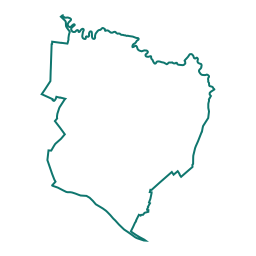 Micula, Satu Mare, Romania (Albers equal-area conic projection)
{"feature_id": "2599482B78351896705801", "entity_name": "Micula", "entity_type": "district", "adm_level": 2, "iso_a3": "ROU", "parent_name": "Romania", "parent_adm1": "Satu Mare", "projection": "albers", "projection_center": [22.96, 47.916], "detail": "fine", "context": "isolated", "style": "outline", "palette": "teal", "viewbox_px": 256, "rotation_deg": 0, "n_neighbors": 0, "source": "geoboundaries", "source_scale": "gbopen_adm2", "svg_char_len": 5524}
<svg xmlns="http://www.w3.org/2000/svg" viewBox="0 0 256 256"><path d="M192.4,167.1L192.5,166.9L192.4,165.6L192.4,164.8L193.1,163.9L193.2,157.4L193.3,155.6L195.1,148.1L195.9,146.0L198.0,141.3L201.7,131.9L201.9,131.8L202.7,127.6L203.1,126.0L208.2,118.0L209.0,111.4L208.3,107.9L208.3,103.9L208.6,102.4L209.0,101.0L209.0,100.2L208.9,99.7L208.9,99.3L209.5,98.5L209.6,98.1L210.0,97.7L210.3,97.0L210.9,96.0L210.2,95.2L209.7,94.4L209.6,94.1L209.7,93.4L209.8,92.8L210.9,91.7L214.3,89.5L214.2,89.1L213.4,88.4L212.8,87.3L212.3,86.9L211.7,86.6L209.7,86.1L209.4,85.8L209.2,85.4L209.0,83.2L208.9,82.7L208.4,82.1L208.2,81.6L208.3,80.7L208.1,79.6L208.1,78.8L208.2,78.1L208.8,77.2L209.0,76.7L209.0,76.3L208.7,75.7L207.7,74.9L207.2,74.7L206.8,74.6L205.6,75.0L204.5,75.1L202.1,74.9L201.3,74.5L200.6,73.9L199.5,72.4L199.1,71.6L199.0,70.8L199.1,70.3L199.7,69.4L200.7,68.5L201.0,68.0L201.3,67.4L201.3,66.6L201.5,66.2L201.6,65.5L201.5,65.0L201.4,64.5L201.2,64.2L200.8,63.9L199.9,63.7L199.0,63.3L198.3,62.9L197.9,62.5L197.7,62.0L197.5,61.5L197.5,61.1L197.8,59.6L197.9,59.0L197.7,58.5L197.1,57.8L196.7,57.7L195.1,58.5L194.5,58.3L194.0,57.9L193.7,57.1L193.3,55.9L192.8,55.2L191.9,54.3L191.5,54.1L190.5,54.1L190.1,54.2L189.8,54.3L189.4,54.7L188.1,56.7L186.6,58.4L185.7,59.3L184.6,60.6L184.6,60.8L185.1,61.5L185.3,63.1L185.2,63.6L184.1,64.6L183.6,65.0L182.9,65.1L182.0,65.1L178.4,64.7L177.6,64.3L177.1,63.7L176.8,62.9L176.1,62.8L175.0,63.4L174.6,63.4L173.9,63.4L172.9,63.0L172.1,62.4L171.2,62.6L169.4,62.5L168.8,62.6L168.5,62.8L167.7,63.7L167.1,64.1L166.7,64.2L163.8,62.6L161.6,62.2L159.9,61.6L158.4,61.4L157.6,61.5L157.1,61.6L156.6,62.0L156.0,63.0L155.6,63.4L155.1,63.6L154.6,63.5L154.2,63.1L153.4,61.9L153.0,61.1L152.7,60.2L151.4,58.7L151.2,58.1L151.1,56.6L150.9,56.3L150.3,56.2L148.5,56.8L147.8,56.8L146.6,56.6L146.0,56.3L145.7,55.9L145.5,55.2L145.6,54.6L145.9,54.2L147.0,53.4L147.3,53.1L147.8,52.3L147.8,51.8L147.8,51.6L147.3,51.0L146.9,50.7L146.3,50.5L144.2,50.4L143.7,50.6L143.1,50.8L141.7,51.3L139.4,50.6L138.8,50.2L138.2,49.8L138.0,49.5L137.7,49.2L137.0,47.1L136.7,46.5L136.1,45.9L135.7,45.8L135.2,45.8L133.9,46.7L133.3,47.0L132.6,47.1L132.5,46.8L132.4,46.3L132.5,45.8L132.9,44.8L133.2,44.5L133.5,44.1L134.8,43.4L135.3,43.0L135.9,42.3L136.6,41.1L137.0,40.7L137.4,40.3L138.3,39.8L138.5,39.5L138.6,39.1L138.6,38.7L138.3,38.4L138.0,38.1L136.9,38.0L135.9,37.8L132.8,36.6L128.8,36.0L127.8,35.7L127.0,35.9L126.3,35.8L125.2,35.3L124.1,35.3L123.4,35.0L121.4,34.8L120.7,34.5L119.8,33.7L119.4,33.6L118.5,33.5L117.7,33.7L116.8,33.3L116.1,32.8L115.6,32.1L115.2,31.9L114.8,31.8L113.5,32.1L112.6,32.6L111.8,32.7L111.3,32.7L110.9,32.6L110.1,32.1L108.5,30.8L107.8,30.5L107.1,30.4L106.2,30.5L105.5,30.8L105.3,30.8L105.1,30.6L105.0,29.9L104.9,29.3L104.6,28.9L103.2,28.1L102.7,28.0L102.0,28.3L100.5,29.8L99.2,30.0L98.6,30.3L98.1,30.6L97.4,31.3L95.9,33.3L95.5,34.0L95.2,35.2L95.0,36.1L95.1,37.4L95.0,37.9L94.7,38.5L94.4,38.8L93.8,38.9L93.3,38.8L92.7,38.4L92.4,37.9L92.1,37.2L92.0,36.5L91.9,33.8L91.8,32.5L91.7,32.0L91.4,31.6L90.8,31.4L90.4,31.4L89.9,31.7L89.4,32.4L89.1,33.3L89.0,34.0L89.1,35.5L89.1,35.8L88.8,36.3L88.5,36.6L88.0,36.8L86.5,36.4L86.3,36.5L86.0,36.7L85.9,37.1L85.8,38.1L85.6,38.7L85.1,39.0L84.3,38.9L83.8,38.7L83.1,38.3L82.7,37.8L82.3,36.7L82.3,35.8L82.9,32.2L83.7,30.2L83.7,29.7L83.5,29.2L83.1,28.9L82.7,28.8L82.3,28.9L81.7,29.2L80.9,29.9L80.3,30.8L79.6,31.7L79.1,32.0L78.9,32.0L78.6,31.8L78.2,30.6L77.9,30.3L77.6,30.1L77.2,30.1L76.4,30.5L75.3,31.7L74.9,31.9L73.6,32.0L72.4,31.6L72.2,31.4L71.5,30.2L71.2,29.7L71.2,29.0L71.2,28.7L71.5,28.1L71.9,27.5L74.5,25.3L74.7,25.0L74.7,24.8L74.6,24.6L74.2,24.3L73.5,24.4L72.0,25.6L70.9,26.8L70.5,27.0L69.9,27.1L69.5,27.0L69.0,26.8L68.5,26.4L68.0,25.7L67.8,25.0L67.8,24.3L67.9,23.7L68.4,22.8L68.7,22.3L70.6,20.5L70.9,20.0L71.0,19.7L71.0,19.3L70.9,19.1L70.7,18.8L70.1,18.3L68.2,17.6L67.4,17.5L65.8,17.7L64.7,17.6L63.0,16.2L62.6,15.6L62.6,15.4L62.3,15.5L60.9,16.7L65.1,20.7L65.5,21.3L65.8,22.0L66.0,25.8L66.1,26.3L66.5,27.1L67.0,27.9L69.7,31.6L69.8,31.9L69.3,33.4L68.9,34.9L68.4,38.3L68.5,39.1L68.4,40.0L67.9,41.9L67.8,42.6L67.6,43.0L67.4,43.6L61.3,42.8L61.2,42.9L52.2,41.7L52.1,43.8L51.9,43.8L51.6,44.1L51.6,45.0L51.1,59.4L50.8,68.6L50.7,70.5L50.4,81.1L44.4,90.3L41.7,94.2L52.7,99.2L52.8,99.4L52.5,99.9L52.6,100.1L53.5,100.8L54.2,100.8L55.0,100.0L55.8,98.7L56.4,96.8L59.9,97.7L60.1,97.5L65.3,98.8L64.5,99.7L59.7,107.1L59.2,108.1L57.3,114.0L57.2,115.2L57.1,115.5L57.0,116.4L57.0,118.3L57.1,118.5L54.9,121.1L59.7,127.3L64.8,134.3L61.0,138.8L55.9,143.3L55.1,144.1L53.9,146.0L51.4,150.3L51.2,150.6L48.5,150.4L47.4,160.1L52.2,174.1L54.3,179.5L55.5,181.7L52.2,185.3L52.4,185.7L57.8,187.6L62.8,190.2L66.2,191.9L67.6,192.2L70.2,192.2L72.1,192.5L75.5,193.6L78.6,194.8L80.6,195.5L86.5,195.9L89.4,197.6L89.6,197.7L92.9,200.9L95.8,204.3L99.2,206.3L102.7,208.4L105.9,210.7L107.4,212.1L110.3,215.1L113.3,218.6L115.2,220.4L118.9,224.5L122.0,227.5L124.1,229.5L127.4,231.7L132.1,235.0L134.8,237.0L135.6,237.5L137.3,238.3L143.9,240.5L145.6,240.6L144.2,239.6L139.9,237.3L136.2,235.1L132.2,232.4L130.9,231.3L133.1,226.9L135.1,222.5L135.4,222.3L136.2,220.8L136.2,220.5L136.1,220.4L138.9,214.8L140.6,215.6L141.0,214.9L143.0,214.8L144.6,212.8L148.3,211.8L148.4,210.1L147.1,209.8L147.1,209.7L147.1,209.3L147.4,208.6L148.2,207.3L148.2,206.9L148.0,206.7L150.0,203.2L149.0,202.5L150.4,198.8L151.6,192.9L151.6,192.3L149.8,192.1L150.4,189.8L151.6,189.9L152.0,189.5L159.9,182.4L171.8,172.0L173.6,174.7L177.7,171.2L179.3,173.6L179.7,174.7L180.1,175.5L181.1,176.8L191.5,167.8L192.4,167.1Z" fill="none" stroke="#0f766e" stroke-width="2"/></svg>